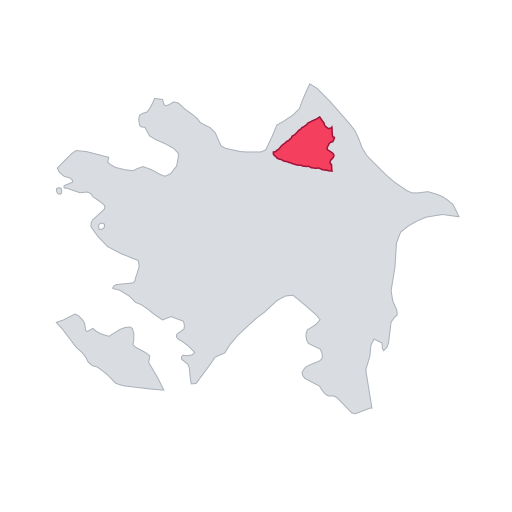 Quba District, Quba, Azerbaijan (highlighted), rotated 353°
{"feature_id": "54616110B77048085748362", "entity_name": "Quba District", "entity_type": "district", "adm_level": 2, "iso_a3": "AZE", "parent_name": "Azerbaijan", "parent_adm1": "Quba", "projection": "equal_earth", "projection_center": [48.485, 41.2], "detail": "fine", "context": "in_parent", "style": "filled", "palette": "rose", "viewbox_px": 512, "rotation_deg": 353, "n_neighbors": 0, "source": "geoboundaries", "source_scale": "gbopen_adm2", "svg_char_len": 5382}
<svg xmlns="http://www.w3.org/2000/svg" viewBox="0 0 512 512"><g transform="rotate(353 256 256)"><path d="M352.5,421.1L350.4,420.9L335.2,424.7L332.0,423.5L319.0,406.4L316.3,404.5L310.6,403.7L307.4,400.9L304.7,396.3L303.2,392.9L289.7,383.6L287.7,380.2L287.5,377.2L289.5,374.5L291.7,372.3L298.3,370.0L306.0,368.0L308.4,366.5L309.7,364.1L309.6,360.1L308.4,356.3L297.4,349.2L296.2,346.2L295.8,342.4L296.4,338.5L298.2,335.5L307.1,331.3L311.9,327.1L309.0,322.3L299.3,311.4L287.9,299.4L280.2,299.3L271.4,302.8L257.3,313.0L249.4,317.4L239.2,324.6L228.1,332.7L218.9,341.3L213.2,348.4L203.1,351.4L197.9,357.4L180.9,375.3L176.1,375.0L175.9,366.2L176.2,359.1L175.2,355.1L169.7,349.6L169.7,347.2L171.2,345.7L175.4,346.6L180.8,346.3L183.4,344.1L177.6,336.8L172.6,332.0L168.2,328.7L167.3,326.7L167.3,325.3L168.2,323.7L175.7,319.7L176.5,316.0L176.0,311.9L164.3,305.8L155.4,308.1L147.6,301.3L142.6,296.0L136.3,290.4L130.7,287.3L125.3,280.3L116.0,273.0L110.0,270.9L110.1,269.8L111.2,268.5L113.7,267.4L130.5,267.7L132.6,266.4L133.7,263.2L136.0,258.6L138.8,251.9L138.6,246.2L121.9,237.0L109.8,228.5L101.5,217.4L95.9,207.2L96.2,203.8L97.9,200.5L111.1,191.2L112.0,188.8L111.7,187.1L107.1,182.3L101.4,177.4L99.6,173.8L95.9,171.9L89.0,171.8L76.8,165.8L74.2,165.2L73.7,164.0L74.3,162.7L83.1,160.3L83.0,158.3L80.4,155.6L75.5,153.7L71.0,148.9L69.5,144.5L85.5,131.9L90.2,129.4L100.5,131.7L121.8,140.1L120.2,144.7L122.4,147.3L127.2,150.9L136.6,154.5L144.6,156.4L148.7,154.8L154.8,153.5L162.8,157.6L170.1,162.9L173.7,165.0L175.7,165.7L181.3,163.9L188.1,157.1L190.8,148.9L191.6,144.9L187.7,139.5L179.7,133.6L170.8,128.4L165.0,123.8L161.4,114.8L157.7,113.8L156.7,112.6L156.2,109.6L156.4,105.3L157.7,102.0L161.3,100.5L165.0,100.0L168.4,96.9L172.6,90.7L174.5,87.3L182.3,89.2L183.3,94.8L184.7,95.9L187.9,95.3L193.3,93.0L197.6,94.7L203.1,101.3L210.7,108.3L214.9,113.0L216.5,116.2L220.4,119.3L226.1,123.0L230.6,128.8L234.6,142.2L238.7,145.4L253.5,150.5L258.7,151.5L273.3,153.3L278.4,152.0L285.9,140.4L292.7,128.5L299.0,126.0L310.3,120.3L317.2,114.8L320.0,109.0L326.4,97.9L330.4,91.7L337.1,97.2L348.7,112.2L365.3,136.6L369.4,143.5L372.1,151.5L374.4,161.3L378.2,169.9L395.2,191.6L402.5,199.7L414.5,210.1L418.7,212.4L424.3,213.1L434.5,213.1L443.9,217.2L448.6,220.0L453.4,224.2L457.8,228.9L462.3,241.8L445.8,237.5L429.4,238.2L420.1,240.9L411.0,244.7L402.4,250.0L397.0,260.3L392.5,284.3L385.9,306.7L386.2,317.1L389.2,327.1L388.9,331.9L385.8,333.9L382.0,338.1L376.9,358.8L374.4,363.0L371.1,365.5L370.2,363.1L370.4,357.7L363.1,352.9L359.3,358.2L356.7,369.7L351.4,381.7L351.1,384.0L352.5,421.1ZM108.8,209.3L109.6,206.1L107.6,204.7L105.4,204.6L103.5,206.2L103.4,210.2L106.0,210.9L108.8,209.3ZM53.3,302.6L50.8,299.3L49.7,297.5L57.1,296.0L69.3,291.5L72.5,293.7L76.0,298.2L77.7,302.0L77.9,309.2L79.4,310.4L85.3,308.0L87.9,310.9L92.4,314.3L100.3,317.8L111.7,312.4L117.4,311.0L122.0,311.1L124.5,312.8L125.3,318.4L124.3,325.3L123.0,329.1L125.3,331.8L134.6,338.4L138.4,342.2L136.5,348.6L143.3,364.2L145.5,370.3L148.2,377.9L133.9,374.9L108.3,368.6L101.3,365.3L94.7,356.6L90.8,352.4L85.0,346.9L80.2,344.9L76.6,341.1L74.6,335.6L71.6,330.6L66.4,324.7L54.8,304.7L53.3,302.6ZM70.7,169.8L69.1,170.9L66.7,169.8L66.0,167.4L66.2,164.8L68.7,164.2L70.6,164.9L71.1,167.3L70.7,169.8Z" fill="#d9dde1" stroke="#a8b0b8" stroke-width="1"/><path d="M336.1,125.7L334.7,126.5L334.1,126.7L333.5,127.1L331.6,127.8L330.6,128.0L329.1,128.5L328.0,128.8L327.0,129.3L325.9,129.7L324.2,130.1L323.4,130.6L322.9,131.2L322.0,131.9L321.1,132.5L320.2,132.9L319.2,133.5L318.6,133.8L317.2,134.1L316.5,135.1L313.7,136.5L312.5,137.6L311.5,138.6L310.2,139.5L308.5,140.8L307.3,141.0L306.2,141.6L305.8,142.5L305.2,143.5L304.0,144.0L302.4,145.5L301.3,145.6L300.6,145.9L298.6,147.4L296.8,148.4L295.0,149.5L293.4,151.0L292.9,151.5L292.4,152.0L291.4,152.8L290.6,153.2L289.9,153.4L288.8,154.4L287.6,154.8L286.7,154.9L285.9,154.9L285.7,156.0L285.8,157.5L286.6,158.6L287.9,160.0L288.8,161.4L290.0,162.3L291.8,163.0L293.2,163.5L294.3,164.6L294.9,165.0L295.6,165.3L296.9,165.7L298.1,166.1L299.3,166.7L299.7,167.0L300.4,167.2L301.0,167.7L302.2,167.8L302.8,168.4L303.2,168.7L303.9,169.1L305.0,169.3L305.5,169.6L306.3,170.1L307.2,170.4L308.1,170.8L308.9,171.0L310.1,171.1L310.8,171.2L311.7,171.5L312.6,171.9L313.5,172.5L314.6,172.7L315.9,173.0L317.3,173.4L318.3,173.3L319.3,173.4L319.9,173.8L320.7,174.5L321.3,174.9L321.8,175.2L322.9,175.4L323.9,175.6L325.1,176.0L326.2,176.3L327.4,176.2L328.6,176.4L329.4,176.5L330.6,177.2L331.5,177.9L331.8,178.1L332.6,178.5L333.7,178.7L334.2,178.8L335.1,179.3L336.5,179.4L337.5,179.8L338.2,180.2L340.0,180.6L341.9,180.9L341.7,180.0L341.9,178.0L342.0,175.3L342.1,174.2L341.1,173.4L340.7,172.4L341.4,170.9L342.2,169.6L343.0,169.2L343.9,168.3L344.9,167.4L345.5,166.2L345.5,164.7L344.9,163.7L344.2,162.9L343.6,162.2L343.0,161.8L342.1,161.0L341.0,160.1L340.1,159.5L339.7,159.0L339.7,157.8L340.0,156.9L340.6,155.9L341.4,154.8L341.9,154.0L342.4,153.4L343.0,152.8L343.7,152.3L344.6,152.1L345.9,152.0L346.5,151.4L346.9,150.5L347.5,149.9L348.0,148.8L348.3,148.0L348.0,147.5L347.1,147.3L346.6,146.7L346.6,145.6L346.6,144.3L346.7,142.6L346.7,140.7L347.1,139.7L347.0,139.1L347.0,137.3L346.3,138.0L345.4,138.2L344.2,138.3L343.4,138.4L342.9,137.9L342.2,137.2L341.8,136.8L340.6,135.7L340.2,134.8L339.8,133.1L339.7,132.4L339.3,131.4L338.5,130.3L337.8,128.9L337.3,127.9L336.8,127.0L336.3,125.9L336.1,125.7Z" fill="#f43f5e" stroke="#9f1239" stroke-width="1.5"/></g></svg>